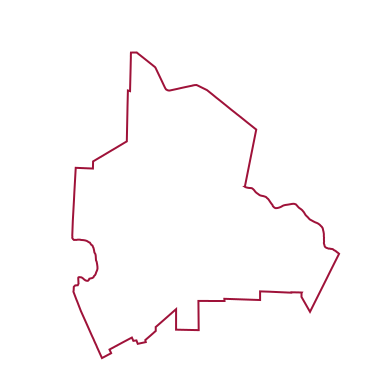 Río Hondo, Santiago del Estero, Argentina (orthographic projection), rotated 350°
{"feature_id": "61730980B3191379670925", "entity_name": "Río Hondo", "entity_type": "district", "adm_level": 2, "iso_a3": "ARG", "parent_name": "Argentina", "parent_adm1": "Santiago del Estero", "projection": "orthographic", "projection_center": [-64.73, -27.436], "detail": "fine", "context": "isolated", "style": "outline", "palette": "rose", "viewbox_px": 384, "rotation_deg": 350, "n_neighbors": 0, "source": "geoboundaries", "source_scale": "gbopen_adm2", "svg_char_len": 3870}
<svg xmlns="http://www.w3.org/2000/svg" viewBox="0 0 384 384"><g transform="rotate(350 192 192)"><path d="M74.5,339.9L78.6,338.6L81.9,337.5L83.0,337.2L84.2,336.8L84.4,336.7L83.4,332.8L97.3,328.2L107.5,324.9L108.4,328.4L111.5,328.5L112.1,331.6L112.2,332.1L120.2,331.8L120.4,331.8L120.3,329.7L126.5,326.0L132.2,322.5L132.2,322.4L132.8,318.8L132.8,318.7L140.1,314.3L156.0,304.6L152.4,324.8L174.6,329.2L179.4,300.4L205.1,305.0L205.3,302.8L240.3,310.2L241.8,301.7L250.8,303.6L259.3,305.5L272.3,308.4L272.4,308.0L280.5,309.6L282.7,310.1L282.3,310.6L281.6,314.3L287.4,330.5L309.4,300.9L313.8,294.9L319.6,287.1L326.1,278.4L325.6,277.8L325.2,277.2L324.7,276.8L324.3,276.4L324.0,275.9L323.6,275.6L323.2,275.0L322.9,274.8L322.4,274.4L321.9,274.0L321.5,273.7L321.1,273.1L320.6,272.7L319.7,272.3L318.9,272.2L318.4,271.9L317.7,271.6L317.1,271.6L316.5,271.4L315.6,270.8L315.0,270.5L314.6,270.3L313.9,269.6L313.5,269.1L313.3,268.5L313.2,268.1L313.2,267.1L313.1,266.5L313.0,265.8L313.0,265.1L313.2,264.6L313.5,263.5L313.6,262.4L313.7,261.6L313.8,260.9L314.1,260.0L314.1,259.0L314.2,258.2L314.5,256.7L314.6,255.7L314.6,254.5L314.6,253.7L314.5,252.6L314.5,251.6L314.4,250.2L314.0,249.5L313.8,248.8L313.0,247.8L312.5,247.0L312.0,246.3L311.3,245.6L310.9,245.2L310.5,244.8L309.8,244.3L309.2,243.9L308.1,243.3L307.4,242.7L306.6,242.2L305.7,241.4L304.9,240.8L303.2,239.4L302.4,238.2L301.7,237.0L300.8,235.8L299.9,234.5L299.3,233.0L298.7,231.4L298.0,230.2L297.4,229.1L296.4,227.9L295.4,226.9L294.6,226.1L293.8,224.9L293.1,223.7L292.1,222.2L290.8,221.5L289.8,221.2L288.2,221.1L286.9,221.1L285.8,221.1L284.2,221.1L281.6,221.0L280.1,221.1L278.7,221.4L277.9,221.8L276.5,222.2L274.9,222.5L273.5,222.6L272.0,222.5L271.2,222.3L270.0,221.2L269.8,220.8L269.2,220.0L269.0,218.8L268.3,217.5L267.7,216.3L267.0,214.7L266.2,212.9L265.7,212.0L264.9,211.1L264.2,210.0L263.4,209.4L262.1,208.7L261.5,208.4L260.4,208.0L259.0,207.4L258.0,206.8L257.0,205.7L256.4,205.1L255.7,204.4L255.0,203.6L254.7,203.2L254.0,202.0L253.7,201.3L253.2,200.5L252.6,199.7L251.8,198.8L251.2,198.5L250.1,198.2L249.2,198.0L248.2,197.7L246.9,197.2L246.3,196.9L245.5,196.5L245.0,196.0L244.9,195.9L245.0,195.9L266.1,141.7L258.6,133.2L250.8,124.3L250.3,123.8L248.3,121.5L244.9,117.7L244.3,117.0L234.2,105.4L232.3,103.3L229.4,99.9L224.5,94.3L224.1,94.0L216.2,88.2L215.6,87.8L215.0,87.4L214.6,87.4L213.5,87.2L211.3,87.2L211.2,87.3L210.9,87.3L204.6,87.5L199.2,87.7L195.6,87.9L187.6,88.2L186.3,87.9L185.4,87.4L184.7,86.8L184.2,86.4L184.1,86.1L183.6,84.9L183.0,82.8L181.1,75.8L177.7,63.6L177.5,63.0L177.2,62.5L164.4,48.0L164.1,47.7L163.2,46.7L162.8,46.2L162.6,46.0L162.5,45.8L162.1,45.5L161.8,45.0L160.9,44.9L160.5,44.8L156.1,44.1L155.8,45.3L155.8,45.5L155.7,45.9L155.6,46.5L155.4,47.3L155.2,48.6L153.0,59.6L149.6,76.4L148.5,81.9L146.5,80.9L143.2,97.3L142.1,102.9L136.6,130.8L99.9,144.7L98.5,151.7L81.7,148.0L76.1,171.8L74.4,179.3L69.6,199.8L67.9,207.7L66.5,214.2L66.5,214.9L66.1,216.4L66.6,217.7L67.4,218.7L68.2,218.8L69.8,219.1L71.4,219.1L73.5,219.5L74.2,219.9L76.6,220.5L78.3,221.1L79.7,221.8L80.0,222.0L80.7,222.6L81.5,223.4L82.6,224.1L83.4,226.0L83.6,226.4L84.7,227.5L84.9,228.8L85.2,229.6L85.3,230.4L85.4,231.8L85.4,233.0L85.4,234.2L85.4,234.6L86.1,236.5L86.1,238.2L85.9,239.8L85.8,240.7L85.6,242.6L85.9,243.7L86.0,244.3L86.0,246.9L85.9,249.2L85.6,251.1L85.0,252.5L83.6,254.6L83.0,255.8L82.2,256.9L80.8,257.9L80.1,258.9L78.8,259.4L77.0,259.5L75.8,259.6L75.3,260.5L74.0,261.4L72.5,261.0L71.6,260.4L70.5,259.3L69.7,258.2L68.7,257.2L67.9,256.7L67.0,256.5L66.0,256.2L65.7,256.3L65.2,256.5L64.9,257.7L64.6,260.4L64.4,261.6L64.4,262.4L63.3,264.0L60.8,263.7L59.2,264.8L59.1,265.0L58.4,268.2L57.9,269.6L58.3,271.6L59.5,278.0L59.9,279.7L61.9,289.9L64.6,300.6L66.1,306.6L68.1,314.7L68.8,317.4L69.4,319.6L69.5,320.0L69.9,321.8L70.6,324.5L71.1,326.3L71.6,328.6L72.8,333.2L72.8,333.3L74.5,339.9Z" fill="none" stroke="#9f1239" stroke-width="2"/></g></svg>